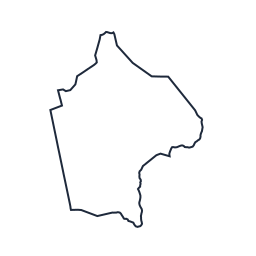 Ribeira do Pombal, Bahia, Brazil (Natural Earth projection), rotated 167°
{"feature_id": "56859067B15668826458342", "entity_name": "Ribeira do Pombal", "entity_type": "district", "adm_level": 2, "iso_a3": "BRA", "parent_name": "Brazil", "parent_adm1": "Bahia", "projection": "natural_earth1", "projection_center": [-38.58, -10.794], "detail": "fine", "context": "isolated", "style": "outline", "palette": "slate", "viewbox_px": 256, "rotation_deg": 167, "n_neighbors": 0, "source": "geoboundaries", "source_scale": "gbopen_adm2", "svg_char_len": 2110}
<svg xmlns="http://www.w3.org/2000/svg" viewBox="0 0 256 256"><g transform="rotate(167 128 128)"><path d="M69.2,95.3L67.8,96.4L66.7,97.9L65.5,99.1L64.1,99.5L62.6,100.3L61.2,100.7L60.1,101.6L59.3,103.2L59.0,104.6L58.4,105.8L57.5,107.2L56.7,108.2L56.0,109.9L55.1,112.0L55.1,113.7L55.1,116.0L54.9,117.8L54.0,119.2L54.2,120.8L55.1,121.5L56.3,123.1L57.5,125.1L58.0,127.4L58.6,130.1L62.2,137.6L77.3,169.0L85.6,171.0L93.3,173.0L108.8,190.4L110.5,193.5L112.4,196.9L114.4,200.5L120.2,210.9L120.2,220.8L120.2,222.5L120.7,224.4L122.0,224.0L123.2,224.2L124.2,224.6L125.2,225.2L126.7,226.1L127.8,226.5L129.1,225.7L130.7,224.9L132.3,224.6L133.9,224.7L135.7,220.6L139.4,213.8L140.0,212.7L143.7,206.1L143.5,202.9L143.4,201.3L143.7,198.9L145.1,198.0L146.9,197.1L148.2,196.6L153.8,194.5L159.4,192.3L165.9,189.9L168.4,184.5L169.5,182.3L175.7,177.9L180.3,177.9L182.6,180.2L187.7,180.5L187.5,172.0L187.4,170.8L187.3,164.7L191.7,164.1L199.6,163.0L200.3,132.3L200.5,124.9L200.6,119.2L201.0,101.0L201.1,97.4L201.2,91.4L201.5,76.5L201.7,67.2L201.8,64.3L202.0,62.8L202.0,61.0L195.2,59.6L192.0,58.6L177.7,49.1L175.6,49.1L174.0,49.1L162.2,49.1L160.9,48.7L159.6,48.5L158.5,48.2L157.2,48.3L156.2,48.0L155.0,47.4L154.2,46.2L153.7,44.6L152.8,42.2L152.4,40.7L151.4,40.1L150.2,40.0L148.9,39.0L148.5,37.3L147.1,36.6L145.6,35.6L144.1,34.6L143.7,32.9L143.2,31.6L142.5,30.4L140.9,29.5L139.7,29.6L138.2,29.6L137.1,30.2L135.9,31.5L135.8,33.4L135.9,34.8L135.7,36.6L135.4,37.8L135.2,39.4L134.6,40.6L134.1,41.8L133.4,43.0L132.9,44.4L132.9,46.1L133.6,48.2L134.0,50.2L134.0,51.8L133.7,53.0L132.8,54.6L132.1,56.1L131.5,57.6L131.1,59.4L131.2,61.2L131.4,63.5L131.7,65.1L132.0,66.3L130.8,67.3L129.4,68.1L129.0,69.5L128.3,70.8L128.3,72.3L127.4,73.3L127.3,74.9L128.0,76.6L127.8,78.3L127.2,80.1L127.2,81.7L126.4,83.2L124.5,84.4L123.1,86.2L122.0,87.6L106.5,95.1L105.2,95.3L102.1,95.7L93.8,91.1L93.7,92.6L93.4,93.9L92.3,95.7L91.3,97.1L90.4,98.4L89.3,99.4L87.9,99.1L86.6,98.5L84.7,98.3L83.4,98.5L81.9,98.8L79.9,99.0L78.7,98.7L77.7,97.9L77.0,96.7L75.9,96.3L74.3,95.9L73.2,95.3L72.2,95.1L70.6,95.2L69.2,95.3Z" fill="none" stroke="#1e293b" stroke-width="2"/></g></svg>